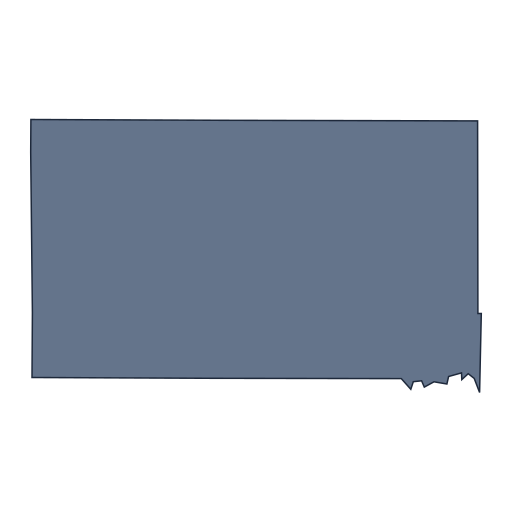 Washita, Oklahoma, United States of America
{"feature_id": "52423323B11549083721324", "entity_name": "Washita", "entity_type": "district", "adm_level": 2, "iso_a3": "USA", "parent_name": "United States of America", "parent_adm1": "Oklahoma", "projection": "orthographic", "projection_center": [-98.855, 35.281], "detail": "fine", "context": "isolated", "style": "filled", "palette": "slate", "viewbox_px": 512, "rotation_deg": 0, "n_neighbors": 0, "source": "geoboundaries", "source_scale": "gbopen_adm2", "svg_char_len": 403}
<svg xmlns="http://www.w3.org/2000/svg" viewBox="0 0 512 512"><path d="M32.0,377.5L213.4,378.3L401.3,378.6L410.8,389.3L413.3,381.7L421.6,380.8L424.3,387.1L434.0,381.8L446.9,384.0L448.6,376.5L461.5,372.9L461.8,379.6L468.2,373.7L474.2,378.4L479.6,392.5L481.3,313.5L477.9,313.5L477.6,120.9L222.6,120.3L30.9,119.5L30.7,152.1L32.4,312.6L32.0,377.5Z" fill="#64748b" stroke="#1e293b" stroke-width="1.5"/></svg>